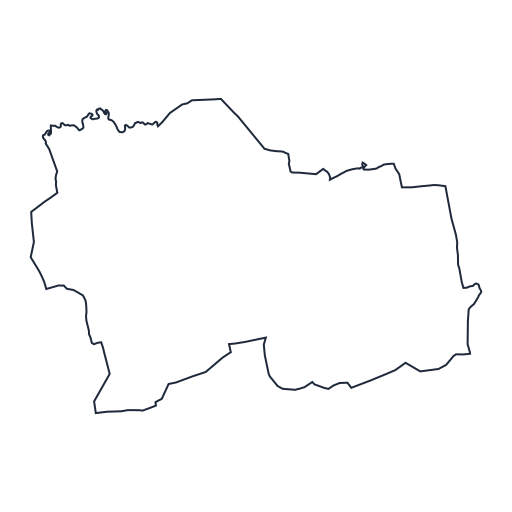 Jahun, Jigawa, Nigeria
{"feature_id": "59680162B13393519160177", "entity_name": "Jahun", "entity_type": "district", "adm_level": 2, "iso_a3": "NGA", "parent_name": "Nigeria", "parent_adm1": "Jigawa", "projection": "natural_earth1", "projection_center": [9.509, 12.058], "detail": "fine", "context": "isolated", "style": "outline", "palette": "slate", "viewbox_px": 512, "rotation_deg": 0, "n_neighbors": 0, "source": "geoboundaries", "source_scale": "gbopen_adm2", "svg_char_len": 4584}
<svg xmlns="http://www.w3.org/2000/svg" viewBox="0 0 512 512"><path d="M30.7,257.2L39.4,271.5L41.9,276.6L44.3,282.2L46.3,289.0L58.8,285.4L60.8,285.6L63.7,285.5L66.9,288.8L73.5,290.0L77.6,292.3L82.9,295.4L84.5,298.4L85.4,300.2L86.0,303.1L86.3,306.9L86.5,312.3L86.0,315.8L86.4,320.6L88.0,327.1L88.9,330.7L89.0,334.2L90.4,337.2L91.8,342.9L94.0,344.2L97.6,342.8L101.2,342.3L102.0,344.7L102.9,347.3L104.5,353.9L109.7,373.9L94.1,401.4L95.8,413.1L107.3,411.7L121.1,411.3L127.9,410.1L139.2,410.2L142.6,410.6L151.1,407.5L155.9,405.6L155.5,402.1L161.8,398.8L168.6,384.0L176.0,382.5L183.2,379.8L184.8,379.2L192.7,376.3L205.7,372.0L222.6,357.6L230.8,352.2L229.0,344.1L235.3,343.5L244.6,342.0L265.8,337.6L263.8,344.6L264.8,355.2L268.6,373.5L269.8,376.4L277.6,386.0L282.6,388.8L295.3,389.8L297.3,389.2L299.0,388.9L300.0,388.6L301.3,388.1L302.6,387.7L303.7,387.5L304.6,387.1L305.5,386.5L312.3,382.0L314.5,384.4L318.5,385.8L323.9,387.8L328.4,388.9L333.5,385.5L339.6,383.0L347.4,382.7L351.3,387.8L370.2,380.6L386.7,373.8L395.3,370.1L405.5,362.8L420.3,371.4L438.4,369.0L446.1,364.9L451.4,358.6L453.2,356.3L456.0,354.3L460.5,354.4L463.7,354.4L467.8,354.0L470.1,353.7L469.7,351.6L467.6,344.1L467.9,321.2L468.7,309.5L469.1,308.8L470.5,307.0L471.8,305.9L474.0,304.0L475.6,301.4L478.1,297.3L479.0,295.1L480.3,293.6L481.3,291.7L480.8,290.3L479.4,287.8L478.9,285.3L477.7,284.0L476.2,283.6L475.3,283.8L474.0,284.7L473.1,285.8L472.1,286.1L470.1,286.3L468.4,287.0L466.8,287.7L463.4,287.9L461.8,282.2L459.3,268.4L458.1,264.8L457.9,255.0L457.0,248.0L457.2,242.2L456.0,235.1L451.4,218.3L445.4,186.2L438.9,185.3L434.1,185.0L428.6,185.6L421.7,186.2L412.0,187.3L401.9,187.3L399.2,174.1L395.6,168.8L393.8,163.8L391.6,163.7L386.2,164.2L383.8,164.6L382.6,165.3L381.4,166.0L380.1,166.6L378.9,167.0L377.7,167.7L377.0,168.3L375.8,168.7L368.5,169.7L363.8,169.5L363.2,168.3L364.0,167.4L364.4,166.9L366.2,165.1L364.3,163.5L362.6,162.6L362.2,164.5L362.9,166.2L362.8,167.4L361.5,167.6L360.7,167.7L360.1,168.2L359.7,168.7L358.0,168.3L352.4,169.2L346.5,170.9L344.2,172.2L340.9,173.9L337.6,175.9L333.6,177.8L329.9,179.7L330.2,177.6L329.0,174.2L327.1,171.7L325.4,170.7L323.2,168.9L316.1,174.2L299.7,172.7L292.2,172.5L290.6,171.6L290.5,171.1L288.8,163.7L289.4,161.0L288.2,153.9L284.7,152.6L283.7,151.9L281.2,151.4L279.7,151.4L277.4,151.2L275.5,151.1L272.1,150.6L270.7,150.5L264.5,148.8L237.9,116.4L234.0,112.7L220.9,98.9L215.1,99.3L191.9,100.3L187.3,103.3L182.1,104.5L169.9,113.0L162.3,122.1L158.0,126.3L157.3,124.8L157.3,122.8L156.4,121.9L155.4,121.9L154.7,122.6L153.7,123.2L153.0,124.2L152.0,124.5L151.4,124.3L150.3,123.9L148.6,123.4L147.6,123.1L147.3,123.3L146.7,124.0L145.1,124.6L144.1,123.8L143.0,122.6L142.1,122.3L140.7,123.0L140.2,123.0L138.9,122.2L137.4,121.9L136.6,122.7L135.9,122.8L134.9,123.2L134.3,124.8L133.4,126.3L132.3,127.1L130.4,127.6L129.0,127.4L128.2,126.5L126.8,125.3L125.5,125.0L124.9,125.7L125.1,126.8L125.1,127.8L125.1,129.3L124.7,130.7L123.9,131.5L122.7,132.2L121.3,132.2L119.5,131.9L118.5,130.7L117.5,129.2L116.8,127.3L116.0,125.6L114.7,123.5L113.6,121.8L112.1,120.6L110.6,119.8L109.4,119.8L108.3,118.7L108.3,117.4L108.6,116.1L108.8,114.5L108.8,113.2L108.3,112.1L107.7,112.0L107.7,111.1L107.1,110.2L106.0,109.9L105.5,110.6L105.2,111.6L105.8,112.5L106.4,113.5L106.2,114.2L105.2,114.2L104.7,113.6L103.9,112.5L103.6,111.6L102.5,110.2L101.0,109.2L100.4,108.5L99.0,108.6L98.5,109.2L98.0,109.8L97.4,109.4L96.9,109.7L96.4,110.4L96.4,111.4L96.6,112.5L97.0,113.5L97.6,114.6L98.6,115.3L98.9,116.3L99.0,117.2L98.5,118.0L97.4,118.5L96.3,118.6L95.0,118.8L93.9,118.9L92.6,119.3L91.6,118.7L90.5,117.9L90.7,116.8L91.2,116.3L92.3,115.8L92.5,114.7L91.6,113.8L90.3,113.5L89.4,113.3L88.6,114.2L86.9,116.7L84.5,117.8L82.6,119.1L82.3,120.7L82.3,122.1L82.9,124.0L83.4,126.4L83.4,127.3L83.1,128.0L82.2,128.9L80.8,129.6L79.7,130.3L79.2,130.2L78.8,129.9L78.2,129.0L77.0,127.6L75.4,126.3L73.5,125.2L70.8,125.5L69.9,125.8L68.1,124.9L66.2,125.3L64.9,125.2L63.7,124.2L62.5,123.1L61.3,123.4L60.7,124.2L60.9,125.7L60.7,126.7L59.8,127.4L58.9,127.7L57.4,127.2L56.1,126.4L55.1,125.7L53.6,125.8L52.4,125.7L50.8,125.5L50.8,127.4L51.0,130.3L51.0,131.3L51.0,132.8L50.6,134.0L49.7,134.3L49.3,135.3L48.3,134.9L48.2,133.8L48.9,133.0L49.7,132.3L50.1,131.7L49.9,130.8L49.2,130.5L48.2,130.5L47.4,130.9L46.6,131.6L45.9,132.8L45.3,133.7L44.7,134.7L43.7,135.0L43.0,135.4L42.9,136.5L43.1,137.7L43.6,138.5L44.3,139.5L45.1,140.1L45.4,140.7L46.0,142.3L45.7,143.5L49.2,149.1L57.2,171.4L56.0,175.2L55.5,178.8L56.1,181.5L55.9,185.1L57.3,192.8L51.0,197.4L44.9,201.5L31.2,211.9L31.8,222.9L33.9,242.0L30.7,257.2Z" fill="none" stroke="#1e293b" stroke-width="2"/></svg>